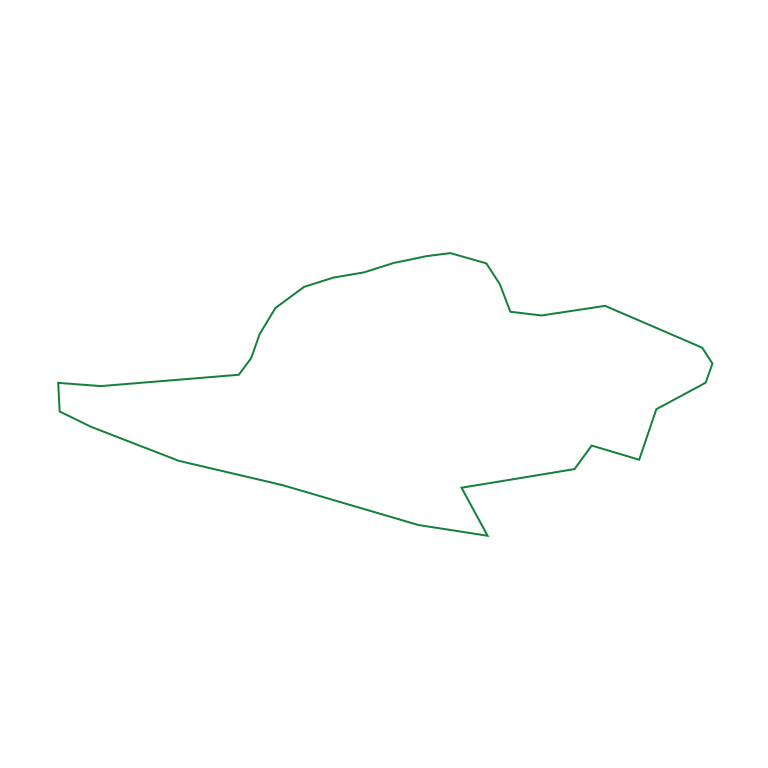 outline of Thurrock, rotated 187°
{"feature_id": "GBR-2676", "entity_name": "Thurrock", "entity_type": "Unitary Authority", "adm_level": 1, "iso_a3": "GBR", "parent_name": "United Kingdom", "parent_adm1": "", "projection": "equal_earth", "projection_center": [0.371, 51.502], "detail": "fine", "context": "isolated", "style": "outline", "palette": "green", "viewbox_px": 768, "rotation_deg": 187, "n_neighbors": 0, "source": "natural_earth", "source_scale": "10m", "svg_char_len": 558}
<svg xmlns="http://www.w3.org/2000/svg" viewBox="0 0 768 768"><g transform="rotate(187 384 384)"><path d="M707.5,345.4L664.9,347.4L529.2,375.5L519.0,393.5L513.5,418.4L501.1,446.1L475.3,470.6L447.1,483.5L417.9,492.2L389.2,505.3L357.3,516.1L334.1,522.0L297.1,516.2L281.0,496.9L267.4,471.1L236.1,471.2L174.1,488.5L72.6,458.8L60.5,444.3L64.9,424.5L76.2,416.5L110.6,392.2L121.5,339.9L170.4,348.2L184.5,322.8L294.4,290.5L262.7,246.0L332.6,248.2L472.1,271.2L578.2,282.7L669.3,305.7L702.6,317.2L707.5,345.4Z" fill="none" stroke="#15803d" stroke-width="2"/></g></svg>